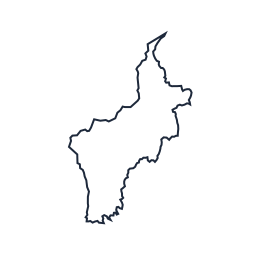 the district of Nova Aurora, Goiás, Brazil, rotated 18°
{"feature_id": "56859067B32828683439225", "entity_name": "Nova Aurora", "entity_type": "district", "adm_level": 2, "iso_a3": "BRA", "parent_name": "Brazil", "parent_adm1": "Goiás", "projection": "robinson", "projection_center": [-48.279, -18.083], "detail": "fine", "context": "isolated", "style": "outline", "palette": "slate", "viewbox_px": 256, "rotation_deg": 18, "n_neighbors": 0, "source": "geoboundaries", "source_scale": "gbopen_adm2", "svg_char_len": 2479}
<svg xmlns="http://www.w3.org/2000/svg" viewBox="0 0 256 256"><g transform="rotate(18 128 128)"><path d="M117.5,229.6L119.2,229.1L120.9,228.1L123.6,228.9L125.3,227.3L127.7,225.8L129.7,227.0L131.5,226.6L134.4,226.0L132.5,223.8L132.5,221.8L130.9,219.9L132.3,218.2L135.2,218.6L136.8,220.4L139.8,220.8L137.7,218.9L138.4,216.5L141.2,215.7L140.8,213.0L142.3,212.3L144.0,213.8L145.2,212.7L143.7,211.3L142.1,209.6L141.8,206.8L143.2,206.0L145.0,206.8L147.2,206.8L147.0,204.6L146.7,202.7L145.3,200.8L142.8,198.5L144.2,197.4L145.0,195.9L143.4,194.6L142.5,192.0L141.3,190.3L140.5,188.5L141.6,186.9L143.1,184.4L141.6,182.2L140.9,180.0L140.9,178.3L141.5,176.5L143.1,175.0L141.8,172.9L142.1,170.4L141.3,168.1L142.3,166.1L145.5,164.6L146.8,162.6L147.0,160.3L147.5,158.5L149.0,157.5L148.7,155.6L149.2,153.8L150.8,153.4L151.8,151.5L153.9,150.9L155.5,149.8L156.9,152.7L159.0,153.5L160.2,151.4L162.2,150.9L164.1,151.9L165.0,149.7L165.5,147.4L164.6,145.4L165.3,143.3L165.4,140.3L165.2,137.7L164.8,135.8L165.1,133.7L164.5,131.1L163.2,128.6L164.8,125.9L167.7,125.2L170.8,126.5L171.4,124.8L172.6,122.5L174.5,122.1L176.0,120.6L177.7,120.0L177.1,117.8L176.7,116.1L176.1,113.3L174.8,109.9L173.3,107.9L172.0,105.2L170.8,103.5L169.5,101.8L169.2,100.0L167.8,98.4L165.8,98.7L164.7,96.9L166.4,95.1L167.9,93.8L168.2,91.4L170.1,89.8L172.3,89.9L174.6,88.3L176.4,86.4L178.0,86.0L179.8,86.4L178.7,84.3L177.2,82.6L177.8,79.8L177.9,77.6L177.5,74.6L175.8,72.8L174.2,72.2L172.2,72.8L170.0,74.2L168.8,75.8L167.6,74.7L165.6,71.5L161.8,73.0L156.7,74.7L154.3,74.6L152.8,72.0L150.3,73.1L148.9,72.1L148.8,69.2L146.9,68.7L147.4,66.8L145.5,62.7L144.3,61.2L142.4,60.2L140.9,60.7L138.6,59.3L137.6,58.0L137.0,55.4L134.6,55.2L132.4,53.5L130.3,51.2L129.2,49.5L128.3,47.5L129.5,44.8L128.9,41.9L129.8,38.0L131.5,32.7L134.0,29.4L134.4,26.4L120.8,42.2L123.4,48.2L121.5,51.7L123.6,54.3L123.6,57.6L120.8,59.7L120.0,63.9L118.3,67.1L117.8,69.4L119.9,71.3L120.8,72.8L121.5,77.1L125.8,86.9L125.3,89.4L127.5,91.7L129.5,96.4L128.8,99.0L124.0,107.3L121.6,108.1L118.3,109.1L116.3,109.3L115.3,113.5L113.2,116.7L112.9,122.7L107.7,127.7L104.4,127.3L99.5,129.6L93.1,130.2L92.7,139.0L91.9,142.7L90.2,143.6L87.8,142.7L83.8,145.4L81.8,150.7L77.5,152.4L76.2,155.1L77.8,157.9L77.7,164.2L87.9,168.8L90.8,177.0L93.4,177.4L94.9,181.0L97.9,181.8L99.9,184.1L101.8,187.5L104.5,190.6L107.4,196.8L110.5,200.5L111.1,205.8L113.1,212.1L114.3,214.6L114.9,220.9L116.2,223.2L115.3,226.0L116.9,226.5L117.5,229.6Z" fill="none" stroke="#1e293b" stroke-width="2"/></g></svg>